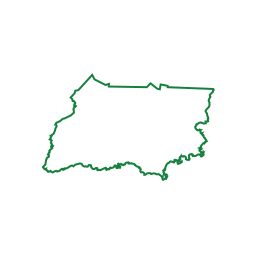 the district of Municipality A, Montevideo, Uruguay, rotated 327°
{"feature_id": "84410073B77317438071438", "entity_name": "Municipality A", "entity_type": "district", "adm_level": 2, "iso_a3": "URY", "parent_name": "Uruguay", "parent_adm1": "Montevideo", "projection": "albers", "projection_center": [-56.335, -34.842], "detail": "fine", "context": "isolated", "style": "outline", "palette": "green", "viewbox_px": 256, "rotation_deg": 327, "n_neighbors": 0, "source": "geoboundaries", "source_scale": "gbopen_adm2", "svg_char_len": 5838}
<svg xmlns="http://www.w3.org/2000/svg" viewBox="0 0 256 256"><g transform="rotate(327 128 128)"><path d="M104.1,68.0L102.1,69.8L96.5,71.2L97.0,73.6L96.4,74.7L96.3,75.2L97.4,76.1L97.4,78.2L97.1,78.6L96.4,78.6L95.5,79.3L94.9,80.3L96.0,80.5L96.1,80.8L95.8,81.0L96.0,81.3L93.1,81.9L92.5,82.4L92.2,83.7L91.8,84.0L91.3,85.3L90.7,85.8L89.8,85.8L87.0,86.3L79.8,85.4L78.6,84.8L74.5,85.2L70.6,84.6L69.2,85.4L69.7,85.6L69.2,87.6L66.5,89.2L65.4,90.4L62.4,92.3L59.8,92.4L60.2,92.7L58.6,93.6L58.0,93.7L57.4,94.8L56.3,94.8L56.1,94.9L56.3,95.2L57.0,95.7L57.2,96.9L56.3,97.3L56.1,98.0L55.2,98.5L55.4,99.6L55.0,100.2L55.1,100.8L54.8,100.9L55.0,101.3L54.6,101.2L54.0,101.6L54.2,102.0L52.6,101.6L53.7,102.5L53.7,102.8L53.7,103.2L53.3,103.3L53.4,103.6L52.3,103.9L50.9,103.9L50.8,104.1L49.7,104.2L49.4,104.6L49.5,105.2L49.2,105.5L48.8,105.5L48.6,105.9L48.2,105.7L47.7,105.8L47.2,106.3L47.6,106.6L47.0,106.5L46.5,106.7L46.9,107.5L46.5,107.8L46.5,108.3L46.2,108.4L46.1,108.8L45.7,109.1L44.3,108.8L43.2,109.2L42.6,109.9L41.7,110.3L41.4,110.9L40.0,112.2L39.0,113.6L35.9,114.2L35.3,114.6L35.3,114.9L35.7,115.0L35.5,116.5L35.8,117.3L37.1,117.5L36.5,118.1L36.5,118.5L36.9,118.9L36.9,119.5L37.3,119.9L37.3,120.4L37.0,120.7L37.1,121.3L38.9,121.8L39.7,121.8L39.7,122.7L40.6,124.2L43.5,124.5L44.3,124.8L44.6,125.5L45.0,125.6L45.0,125.9L45.5,126.2L47.4,126.7L48.7,126.2L49.4,126.4L49.2,126.6L50.2,126.2L50.8,127.0L51.7,127.1L51.4,127.5L51.7,127.5L51.7,127.8L52.2,127.6L52.5,127.9L53.1,127.8L53.3,128.1L54.0,128.0L55.0,128.5L56.6,128.6L57.3,128.4L58.0,128.6L59.7,128.6L60.9,129.3L61.3,130.4L63.8,130.0L68.4,131.6L69.6,132.8L69.5,134.6L69.8,135.7L70.3,136.5L71.4,136.9L72.5,138.2L73.0,138.1L73.7,138.4L74.9,137.8L76.1,138.5L76.6,139.2L75.9,140.5L76.0,140.9L75.8,141.5L75.9,142.3L76.2,142.5L76.4,143.5L77.5,144.2L79.3,144.0L80.3,144.8L80.2,145.6L79.4,146.2L79.5,146.7L80.6,147.5L81.4,147.7L82.0,148.4L85.3,148.7L87.5,149.2L87.9,149.8L87.8,150.2L87.3,150.5L87.0,151.0L87.2,151.5L88.4,151.3L89.0,151.6L89.3,152.2L89.9,152.4L90.5,152.2L90.8,151.7L91.6,151.5L92.4,152.6L94.3,153.1L95.4,152.9L96.3,152.2L96.8,152.3L97.8,153.7L97.4,153.8L96.8,154.5L96.7,155.0L96.9,155.0L96.8,155.3L97.3,155.8L97.8,155.1L98.3,155.0L99.5,157.0L99.8,156.8L99.5,156.6L98.4,155.0L99.0,154.7L99.2,155.3L99.4,155.3L99.3,154.4L99.5,154.3L99.7,155.1L100.0,155.2L99.6,153.7L100.2,152.6L100.5,152.6L100.9,153.6L101.3,154.0L101.0,154.2L101.7,154.5L102.5,154.3L103.0,155.9L103.8,155.9L104.5,156.4L104.1,156.5L104.2,156.8L105.2,156.7L105.8,156.9L107.0,156.0L109.4,156.9L109.6,157.2L109.2,158.1L109.7,158.4L110.0,158.1L110.2,158.9L111.7,159.4L111.8,159.9L113.3,161.2L113.6,161.9L113.6,162.3L113.8,162.5L113.6,162.7L114.0,163.2L113.9,163.4L114.3,164.8L115.3,165.8L115.4,166.8L116.2,167.1L116.2,168.1L115.7,168.1L116.2,169.6L115.1,170.5L114.8,171.0L114.7,172.2L115.9,172.8L116.8,173.8L116.8,175.1L116.2,176.2L117.0,176.6L119.2,176.5L121.3,177.4L122.2,178.2L122.1,178.6L122.3,179.2L124.6,179.9L126.2,181.2L126.4,182.0L127.5,182.9L128.6,183.4L129.9,186.9L130.4,187.0L130.7,187.6L130.6,187.9L130.1,187.9L129.6,188.3L129.0,190.3L129.2,190.6L131.3,190.6L132.2,191.4L133.0,190.9L132.7,190.9L132.9,189.8L133.3,189.0L133.4,189.4L134.2,189.5L134.5,189.4L135.1,188.2L134.6,187.4L132.7,186.7L132.8,186.1L133.8,185.2L133.6,184.7L134.2,183.7L134.2,183.0L135.4,182.7L135.6,183.0L135.7,182.9L136.0,183.4L137.0,182.7L137.2,182.0L137.8,181.4L140.6,179.6L142.4,179.2L143.5,179.6L144.7,179.1L145.8,179.3L146.5,180.3L147.4,180.9L147.4,181.5L147.7,181.9L149.1,181.5L149.2,180.8L149.5,180.2L150.2,180.3L150.4,180.9L150.9,181.2L150.9,181.7L151.7,182.0L152.1,182.6L152.0,183.1L151.0,183.6L151.0,183.8L150.5,184.2L150.3,185.1L150.7,185.5L152.8,185.9L153.9,185.8L154.5,185.9L154.7,185.7L154.6,185.4L154.1,185.1L154.3,185.0L154.0,184.9L153.3,183.9L153.6,183.3L153.3,182.5L154.9,182.0L155.1,182.2L155.3,181.7L155.2,181.0L155.6,180.7L156.4,180.8L157.0,180.5L156.9,180.7L157.9,180.9L158.2,181.6L158.6,182.0L159.4,181.9L160.3,182.9L160.6,184.2L159.5,185.5L158.9,185.1L159.8,185.9L160.4,187.1L161.1,187.3L161.6,188.0L162.9,187.5L162.9,186.4L164.1,184.3L164.6,183.9L165.8,183.9L167.2,184.6L167.7,185.2L167.8,185.5L167.2,185.8L167.0,186.1L167.1,186.8L168.2,187.6L170.3,188.4L172.1,188.4L173.1,188.8L173.7,189.5L174.2,189.5L174.4,190.3L173.8,190.6L173.9,191.8L175.3,192.0L176.4,191.6L177.3,191.9L176.5,191.5L176.5,191.3L176.9,191.4L177.1,190.9L177.9,190.7L177.3,190.7L177.2,190.3L177.5,190.1L176.9,190.1L176.8,189.5L177.2,189.4L177.4,189.1L176.4,189.4L176.2,188.8L176.8,188.9L176.4,188.8L176.6,188.4L176.0,187.3L175.9,186.2L175.6,186.0L175.8,185.4L177.3,185.2L177.2,185.0L177.7,185.4L177.7,185.2L178.0,185.2L177.8,184.9L178.3,185.1L178.4,184.8L178.2,184.7L178.3,184.5L178.1,184.5L178.4,184.3L178.0,183.9L178.5,184.0L179.0,183.1L179.7,182.7L182.8,181.8L183.4,182.1L184.6,181.8L184.4,182.2L186.3,181.6L186.6,182.0L186.8,182.0L186.7,181.6L187.1,180.2L186.8,179.3L187.0,177.9L186.6,177.3L186.7,176.2L187.2,175.8L187.1,175.2L186.7,174.8L186.6,173.8L186.9,173.8L186.6,173.2L186.6,172.9L187.1,172.7L186.6,172.6L186.3,172.1L186.5,172.0L186.5,170.6L186.9,170.4L187.2,169.5L187.6,169.4L187.4,169.3L187.6,168.9L187.3,168.3L185.8,168.3L185.2,167.9L185.1,167.4L184.7,167.1L184.5,164.8L184.8,163.9L185.1,163.5L186.5,163.2L187.2,162.2L187.9,162.2L188.2,162.5L190.6,162.4L192.3,163.1L192.3,163.5L193.0,164.0L193.9,165.6L195.8,166.4L196.5,164.8L198.1,165.8L198.3,165.6L198.9,165.9L199.8,163.8L200.4,163.9L201.1,162.2L201.0,161.4L202.1,158.9L202.1,156.5L202.8,155.5L207.6,154.3L208.8,153.3L209.3,152.2L210.2,151.1L210.5,149.0L211.8,147.9L214.1,146.7L214.1,145.6L214.6,144.8L218.9,143.9L219.7,143.1L220.7,142.7L220.7,141.8L219.6,140.9L183.5,115.4L184.2,114.5L183.3,113.3L179.1,109.3L175.7,112.9L173.9,110.9L171.2,102.8L166.0,104.0L134.5,82.8L136.0,80.6L132.6,79.7L126.4,69.0L126.9,64.0L106.9,69.2L104.1,68.0Z" fill="none" stroke="#15803d" stroke-width="2"/></g></svg>